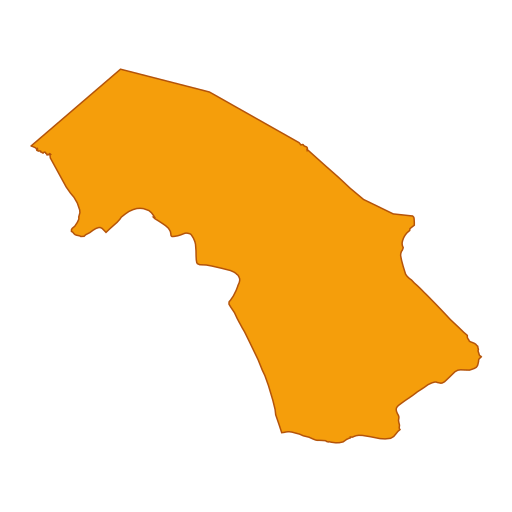 outline of Loroum, Loroum, Burkina Faso
{"feature_id": "67063806B11896750408185", "entity_name": "Loroum", "entity_type": "district", "adm_level": 2, "iso_a3": "BFA", "parent_name": "Burkina Faso", "parent_adm1": "Loroum", "projection": "orthographic", "projection_center": [-2.146, 13.922], "detail": "fine", "context": "isolated", "style": "filled", "palette": "amber", "viewbox_px": 512, "rotation_deg": 0, "n_neighbors": 0, "source": "geoboundaries", "source_scale": "gbopen_adm2", "svg_char_len": 4174}
<svg xmlns="http://www.w3.org/2000/svg" viewBox="0 0 512 512"><path d="M30.7,146.3L31.5,146.0L35.3,147.7L36.4,148.6L36.6,149.5L37.4,148.6L37.6,149.1L37.4,150.6L38.5,151.1L39.7,150.9L40.6,151.2L40.6,151.9L41.7,152.2L42.1,152.5L42.4,152.9L43.3,153.0L44.2,152.1L45.3,152.3L45.7,152.8L45.8,153.4L46.9,154.0L46.9,154.8L47.4,154.9L48.8,154.7L49.4,153.6L49.9,153.7L50.7,154.4L50.0,154.9L50.3,157.9L66.2,187.0L70.4,193.0L74.0,197.3L77.3,203.0L79.7,210.0L79.9,212.7L78.7,217.1L78.9,218.0L78.7,219.4L77.3,222.4L74.8,226.2L73.0,227.7L72.2,228.4L71.7,229.2L71.4,230.0L71.5,230.9L71.4,231.3L71.7,231.6L72.7,232.1L74.1,233.8L75.2,234.7L76.5,235.2L79.8,235.9L80.8,236.5L84.1,236.3L85.6,234.8L89.8,232.6L93.2,230.1L95.9,228.5L98.5,227.6L100.2,227.5L102.1,228.4L104.2,230.5L106.0,232.4L110.1,228.5L113.6,225.4L117.0,222.4L119.8,219.3L121.3,217.1L125.5,213.8L129.0,211.4L133.1,209.6L136.8,208.5L140.1,208.3L143.4,208.6L147.1,209.9L149.0,210.6L151.5,212.8L153.3,215.2L154.6,217.2L153.4,217.2L154.9,218.7L158.8,221.1L162.6,223.6L165.5,225.6L168.3,228.1L169.5,229.9L170.4,231.6L170.8,233.7L170.9,234.7L171.0,235.4L171.4,236.1L172.0,236.5L173.0,236.5L174.3,236.4L177.7,235.8L180.7,234.9L183.5,233.8L185.1,233.2L186.5,233.1L187.6,233.2L189.2,233.6L190.5,234.0L191.5,235.1L193.4,238.1L194.5,240.7L195.0,242.1L195.5,244.2L196.0,250.7L196.1,256.2L196.3,259.9L196.6,261.7L196.7,262.4L197.1,263.2L197.4,263.7L198.1,264.0L199.7,264.7L206.3,265.0L211.7,266.0L221.3,268.2L230.4,270.5L233.8,272.0L235.7,273.2L236.9,274.4L237.7,274.9L238.2,275.6L238.8,276.6L239.3,277.8L239.7,278.9L239.7,280.5L239.2,282.7L237.9,285.6L237.8,286.1L236.2,290.3L233.3,296.1L231.5,298.7L230.5,300.2L229.2,301.6L229.0,302.8L229.0,304.2L230.6,306.9L234.5,312.7L237.0,318.1L239.1,322.1L240.6,324.8L242.2,327.8L244.6,331.9L249.8,342.5L254.2,351.6L258.1,359.7L262.2,369.9L264.9,375.6L268.4,385.4L272.8,400.1L275.1,409.5L275.7,414.8L277.7,420.6L279.5,425.9L281.7,432.7L284.1,432.4L285.9,432.0L287.3,431.8L289.1,431.7L292.0,432.1L296.0,433.2L299.5,434.1L303.3,435.8L309.0,437.2L313.0,439.0L315.6,440.0L317.1,440.3L319.1,440.3L321.3,440.4L325.7,440.7L326.4,441.4L328.1,441.9L328.8,441.9L329.1,441.7L331.3,442.2L335.7,442.8L339.3,442.7L343.1,441.9L346.9,439.2L347.6,439.0L348.7,438.4L350.3,437.9L350.3,437.0L351.1,437.1L352.6,437.1L354.1,436.4L356.1,435.7L358.7,435.3L362.3,435.4L370.3,436.7L379.9,438.6L385.1,438.9L390.6,438.3L393.7,436.5L395.9,433.9L397.9,431.4L400.0,429.6L399.5,428.9L399.2,427.9L399.5,425.2L398.8,422.3L398.5,420.4L398.8,418.5L398.9,417.2L398.7,416.1L398.1,414.8L397.4,413.6L396.5,411.4L396.2,409.7L396.3,408.6L396.6,407.7L397.3,406.7L398.4,405.5L401.2,403.4L404.9,400.7L412.4,395.6L417.4,391.8L423.9,387.6L428.1,384.6L431.8,382.9L434.5,382.1L436.1,382.0L437.3,382.5L439.0,382.8L440.8,383.2L442.2,383.0L444.5,381.8L447.9,378.6L451.4,375.2L455.0,371.7L457.8,370.2L460.7,369.8L465.1,370.0L469.5,370.1L471.9,369.3L474.4,368.4L476.3,367.3L477.5,365.6L478.0,364.0L478.3,362.5L478.6,361.1L478.6,360.2L478.8,359.3L480.2,357.8L481.3,356.8L481.0,356.4L480.7,356.2L480.1,355.9L479.5,355.3L479.1,354.4L478.9,353.4L478.3,351.8L478.1,351.0L478.1,350.5L478.3,350.0L478.4,349.4L478.3,348.9L478.0,348.1L477.9,347.2L477.7,346.2L476.9,345.6L475.7,344.2L474.3,343.3L472.1,342.4L470.2,341.7L469.1,340.8L468.9,340.1L467.8,338.5L467.4,337.6L467.3,336.4L467.3,335.4L463.6,332.2L458.8,327.5L450.4,319.6L444.8,313.6L436.5,304.9L427.6,295.8L424.0,292.3L421.7,289.9L417.8,286.1L414.2,282.9L411.5,280.0L409.3,278.4L407.1,276.3L405.6,274.2L404.8,271.7L403.0,265.8L401.6,260.5L401.0,257.6L400.6,255.3L400.8,253.4L401.4,251.5L402.3,250.2L402.9,248.7L403.2,247.6L402.4,245.7L402.2,244.6L402.1,243.5L402.2,242.3L402.7,240.3L403.5,238.1L404.1,236.9L405.1,235.2L406.8,233.0L408.7,231.3L409.6,230.6L409.8,230.2L409.8,229.2L410.0,228.6L410.6,228.1L414.3,225.2L414.3,222.3L414.1,218.8L413.8,217.3L412.6,216.0L393.2,213.9L363.6,199.5L350.2,188.3L339.0,177.8L334.6,173.9L325.5,165.9L307.6,149.8L307.2,150.4L306.9,149.3L307.4,148.7L307.1,147.5L306.6,147.0L305.4,146.4L305.0,146.4L303.5,145.4L303.4,144.9L302.8,144.5L302.0,144.6L300.9,144.9L299.1,142.7L234.9,106.4L209.4,92.0L120.5,69.2L30.7,146.3Z" fill="#f59e0b" stroke="#b45309" stroke-width="1.5"/></svg>